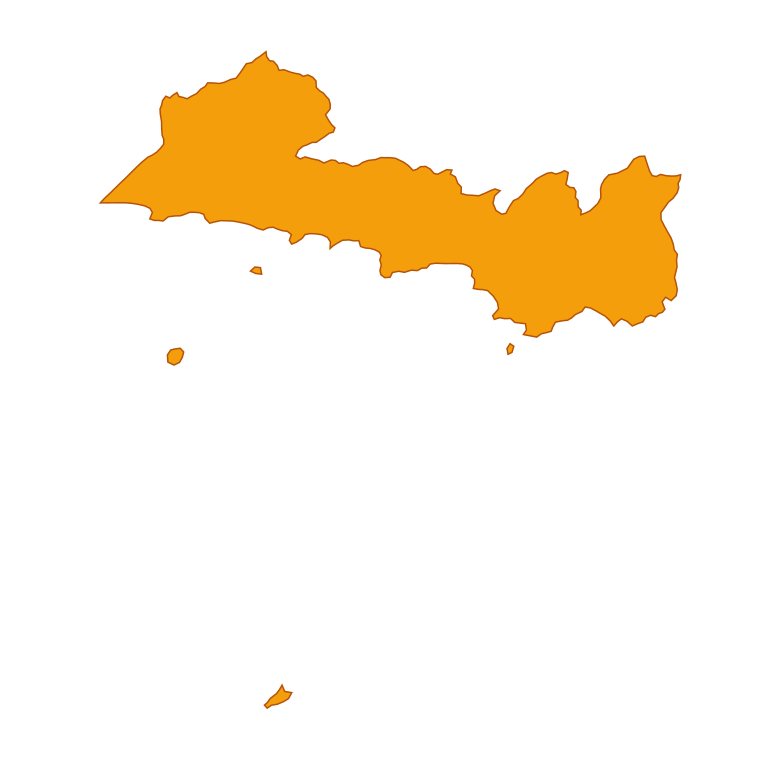 São Sebastião, São Paulo, Brazil, rotated 2°
{"feature_id": "56859067B23083476078410", "entity_name": "São Sebastião", "entity_type": "district", "adm_level": 2, "iso_a3": "BRA", "parent_name": "Brazil", "parent_adm1": "São Paulo", "projection": "orthographic", "projection_center": [-45.612, -23.878], "detail": "fine", "context": "isolated", "style": "filled", "palette": "amber", "viewbox_px": 768, "rotation_deg": 2, "n_neighbors": 0, "source": "geoboundaries", "source_scale": "gbopen_adm2", "svg_char_len": 4662}
<svg xmlns="http://www.w3.org/2000/svg" viewBox="0 0 768 768"><g transform="rotate(2 384 384)"><path d="M94.2,212.9L106.0,212.4L111.1,212.2L119.3,211.9L126.2,212.3L132.0,213.0L138.9,214.4L144.0,216.6L146.5,220.6L144.2,227.2L149.0,228.6L153.4,228.4L157.5,228.8L162.6,224.4L169.3,223.3L174.6,223.0L178.1,221.7L183.8,219.2L188.1,219.0L193.4,219.2L197.9,220.7L199.5,224.8L204.2,229.4L209.1,227.9L215.2,226.4L221.8,226.4L226.9,226.4L232.0,227.1L236.8,227.9L241.5,228.8L245.6,229.9L252.2,232.9L257.9,234.3L262.8,231.8L267.9,231.2L271.7,232.8L276.9,234.3L282.1,234.8L286.2,237.9L284.4,243.7L286.8,247.4L291.4,245.4L297.0,241.4L299.9,237.4L304.6,236.3L310.5,236.3L316.8,237.0L322.4,239.4L325.5,243.9L325.4,250.5L328.2,247.8L331.9,245.2L337.5,241.8L344.0,241.2L348.7,242.0L353.8,241.6L355.8,247.4L360.3,248.7L365.2,249.0L370.1,250.1L374.6,252.3L376.7,255.7L375.5,260.1L377.1,265.2L376.0,270.8L377.1,275.0L381.1,277.7L386.4,277.1L388.5,272.3L394.8,270.8L400.5,271.7L407.3,269.3L413.5,269.5L417.7,266.9L422.5,266.6L426.0,262.5L431.3,261.5L436.0,261.5L441.3,261.5L446.0,261.3L452.9,261.0L458.4,261.2L462.5,262.4L465.9,264.1L468.4,267.5L467.7,273.0L470.8,276.0L471.1,280.2L469.9,285.4L475.3,286.2L479.4,286.2L484.4,287.1L490.2,292.4L494.5,298.5L495.9,304.9L493.5,307.9L490.2,311.9L492.0,315.6L497.1,313.7L502.2,314.5L508.2,314.1L512.5,317.9L518.3,318.4L523.3,318.8L524.5,325.1L521.6,329.7L527.3,330.6L535.0,331.8L539.7,328.2L544.1,327.1L549.2,325.5L550.5,321.5L553.2,316.2L560.1,314.6L565.3,313.8L569.1,311.5L572.8,307.9L579.3,304.6L582.2,300.1L587.7,300.8L593.1,303.4L597.9,306.0L602.6,308.4L608.1,313.3L611.6,318.0L615.2,313.7L618.9,310.6L624.6,312.7L630.1,317.3L636.0,314.6L640.5,312.9L643.2,308.2L648.0,306.0L653.0,307.2L656.0,304.0L659.6,302.7L662.1,299.5L659.1,292.2L662.4,287.5L668.1,290.6L673.0,285.5L673.8,279.3L672.2,272.6L670.6,267.4L671.6,262.5L672.8,256.6L672.0,250.0L672.7,244.2L669.4,239.9L668.2,234.2L665.9,228.2L662.3,222.4L658.6,216.2L655.2,210.1L654.8,203.0L658.1,198.2L661.9,192.3L666.4,188.3L670.2,182.8L671.7,177.6L670.9,173.3L672.7,169.4L673.2,164.5L669.1,165.8L664.4,166.2L658.7,166.0L653.0,164.9L648.9,167.1L644.8,166.4L642.2,162.4L640.1,157.0L638.1,151.5L636.6,147.2L631.2,147.7L625.6,150.8L622.7,155.3L619.7,159.9L615.0,162.4L610.1,165.1L601.3,167.2L597.0,172.2L594.5,177.1L593.6,181.5L594.0,186.0L594.2,190.4L591.3,196.3L584.2,203.5L580.0,205.8L574.8,208.0L575.0,203.4L571.9,200.2L571.5,193.8L568.7,190.9L569.1,184.9L566.9,181.3L562.9,181.0L558.8,178.2L559.9,172.8L560.7,166.2L556.9,164.5L552.7,166.8L548.3,168.2L544.1,166.8L539.7,167.7L533.7,171.0L528.9,174.1L526.2,177.4L523.1,180.4L519.5,183.7L516.2,189.2L511.7,193.9L507.0,196.2L504.5,200.2L502.5,203.7L499.9,209.1L495.8,210.2L489.9,206.7L486.6,199.6L488.1,191.9L493.3,186.8L488.1,185.2L483.4,187.2L478.6,189.7L472.1,192.6L465.6,192.3L460.9,192.3L454.4,191.0L454.4,184.5L450.8,181.0L448.1,174.5L443.0,171.8L444.4,167.8L439.2,167.6L430.3,172.5L426.6,171.8L422.7,167.6L418.0,165.1L412.8,165.6L409.3,168.3L405.6,169.6L400.9,165.0L395.8,161.6L387.5,158.0L381.9,157.6L377.4,157.8L373.0,157.8L367.8,160.0L360.5,161.1L354.8,163.4L350.9,166.3L344.8,167.7L340.7,165.8L335.6,164.3L331.3,165.0L327.7,162.3L323.3,162.0L316.2,165.2L311.0,162.7L303.7,161.4L297.4,159.8L292.3,162.0L287.7,159.3L290.3,153.1L294.7,149.2L298.9,147.6L303.6,145.1L307.9,144.8L312.1,141.7L316.2,138.8L320.5,135.3L324.6,134.0L326.0,129.7L322.5,126.6L319.2,122.0L316.2,117.0L320.5,111.0L320.6,106.5L319.0,101.4L316.2,98.7L313.2,95.4L309.3,93.1L306.0,90.0L305.4,83.4L302.1,80.0L297.2,77.8L292.6,79.3L289.0,77.3L284.3,76.6L280.4,75.8L272.9,73.4L268.2,74.2L266.1,69.4L262.2,65.3L258.3,64.9L255.3,60.9L254.5,56.0L248.5,61.0L244.6,63.6L240.8,67.4L235.3,68.7L232.1,73.8L229.2,78.3L225.6,83.5L220.1,85.0L214.3,87.9L209.2,89.4L202.8,89.1L197.3,89.2L194.7,93.1L190.6,95.7L186.5,100.4L181.8,102.9L177.3,105.8L173.2,104.6L169.0,103.8L166.9,100.0L163.3,102.4L160.0,105.6L155.9,104.0L152.8,108.5L152.1,112.7L150.6,116.9L151.0,122.0L152.5,129.2L152.9,136.4L153.6,143.1L155.4,147.3L155.4,152.2L151.9,156.8L148.8,160.2L144.4,163.3L140.1,165.6L133.9,171.1L129.3,175.8L122.7,182.8L119.1,186.7L113.5,192.4L104.3,202.1L97.4,209.1L94.2,212.9ZM282.8,708.9L288.5,707.8L294.4,705.1L299.5,701.8L302.6,695.7L295.5,694.7L292.6,688.5L290.2,693.1L287.3,697.3L284.2,699.8L281.2,702.4L278.5,706.5L275.7,709.1L278.6,712.0L282.8,708.9ZM178.9,369.5L181.5,364.4L182.7,359.0L179.1,355.4L173.8,356.3L169.6,357.5L166.5,362.6L167.3,369.7L173.4,372.4L178.9,369.5ZM256.5,272.0L250.9,271.6L246.6,275.8L251.8,278.0L257.9,278.5L256.5,272.0ZM510.8,347.9L512.4,341.8L508.6,339.3L505.7,344.2L506.9,350.0L510.8,347.9Z" fill="#f59e0b" stroke="#b45309" stroke-width="1.5"/></g></svg>